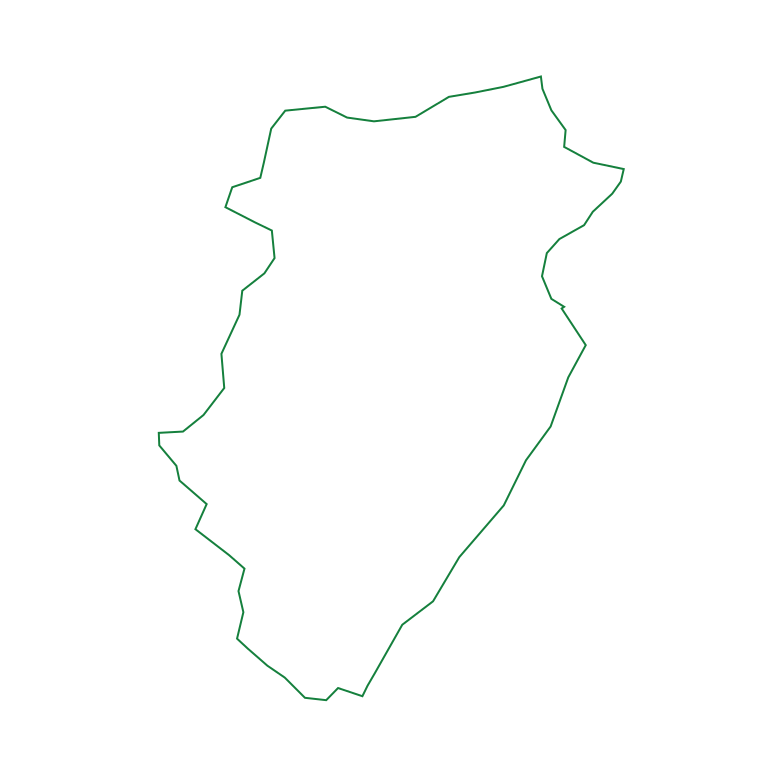 outline of Choletria, Paphos, Cyprus, rotated 185°
{"feature_id": "46923920B91587907409429", "entity_name": "Choletria", "entity_type": "district", "adm_level": 2, "iso_a3": "CYP", "parent_name": "Cyprus", "parent_adm1": "Paphos", "projection": "mercator", "projection_center": [32.592, 34.769], "detail": "fine", "context": "isolated", "style": "outline", "palette": "green", "viewbox_px": 768, "rotation_deg": 185, "n_neighbors": 0, "source": "geoboundaries", "source_scale": "gbopen_adm2", "svg_char_len": 998}
<svg xmlns="http://www.w3.org/2000/svg" viewBox="0 0 768 768"><g transform="rotate(185 384 384)"><path d="M211.3,476.6L224.7,483.4L236.0,505.1L233.2,528.6L221.9,543.7L198.5,559.7L191.0,573.8L173.2,593.5L165.7,606.3L163.9,619.0L194.8,622.7L225.2,635.9L225.2,652.8L241.1,671.2L251.9,691.9L254.5,704.0L291.0,690.4L318.8,682.3L344.4,675.7L375.9,652.9L416.9,644.8L444.0,646.2L466.7,655.1L506.2,647.7L518.6,628.6L523.0,594.0L525.2,578.6L552.3,566.8L553.0,564.1L557.4,546.3L526.7,533.8L509.1,527.1L504.0,499.9L512.8,483.8L533.3,464.6L534.0,440.4L548.6,399.9L542.8,366.1L561.1,337.4L580.1,319.1L604.1,315.7L602.5,303.2L583.7,284.4L579.3,270.0L550.2,248.9L559.2,222.9L523.4,200.0L506.9,187.9L510.9,165.0L504.2,144.4L508.2,117.5L496.6,108.5L475.6,93.2L457.3,82.9L435.4,64.5L414.0,64.0L403.3,77.1L378.3,71.1L374.1,82.0L367.8,95.4L344.8,145.8L316.2,171.8L293.9,218.1L254.1,273.5L235.9,320.4L214.3,356.2L201.0,406.7L186.4,440.3L213.6,474.7L211.3,476.6Z" fill="none" stroke="#15803d" stroke-width="2"/></g></svg>